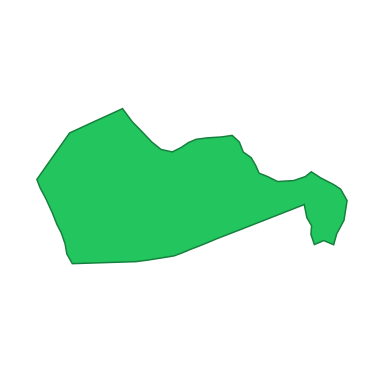 Carmópolis, Sergipe, Brazil (Robinson projection), rotated 337°
{"feature_id": "56859067B72449738877040", "entity_name": "Carmópolis", "entity_type": "district", "adm_level": 2, "iso_a3": "BRA", "parent_name": "Brazil", "parent_adm1": "Sergipe", "projection": "robinson", "projection_center": [-36.951, -10.667], "detail": "fine", "context": "isolated", "style": "filled", "palette": "green", "viewbox_px": 384, "rotation_deg": 337, "n_neighbors": 0, "source": "geoboundaries", "source_scale": "gbopen_adm2", "svg_char_len": 843}
<svg xmlns="http://www.w3.org/2000/svg" viewBox="0 0 384 384"><g transform="rotate(337 192 192)"><path d="M274.9,215.8L267.5,207.2L261.1,200.9L261.0,192.4L259.9,183.5L254.8,175.2L255.1,164.5L251.1,155.6L240.5,152.8L227.5,148.2L216.4,145.1L208.1,145.1L199.3,146.8L189.5,147.4L180.1,140.7L174.5,130.2L169.3,116.3L164.5,104.2L160.6,88.1L130.9,88.9L102.4,89.8L54.1,119.8L53.8,128.6L54.9,141.6L55.3,156.5L55.0,168.9L55.7,178.6L54.9,190.2L52.6,200.0L53.8,211.2L113.2,234.2L124.6,237.4L150.6,243.8L159.4,244.2L168.2,244.2L176.5,244.5L187.1,244.7L197.0,244.7L208.6,245.1L224.6,245.6L290.4,247.4L287.7,260.5L288.9,269.8L284.9,277.5L284.1,288.2L294.3,288.2L301.8,295.9L308.9,287.0L320.8,277.5L331.4,260.5L329.9,247.4L325.3,240.5L316.0,229.3L309.7,220.0L302.3,222.1L290.0,221.2L274.9,215.8Z" fill="#22c55e" stroke="#15803d" stroke-width="1.5"/></g></svg>